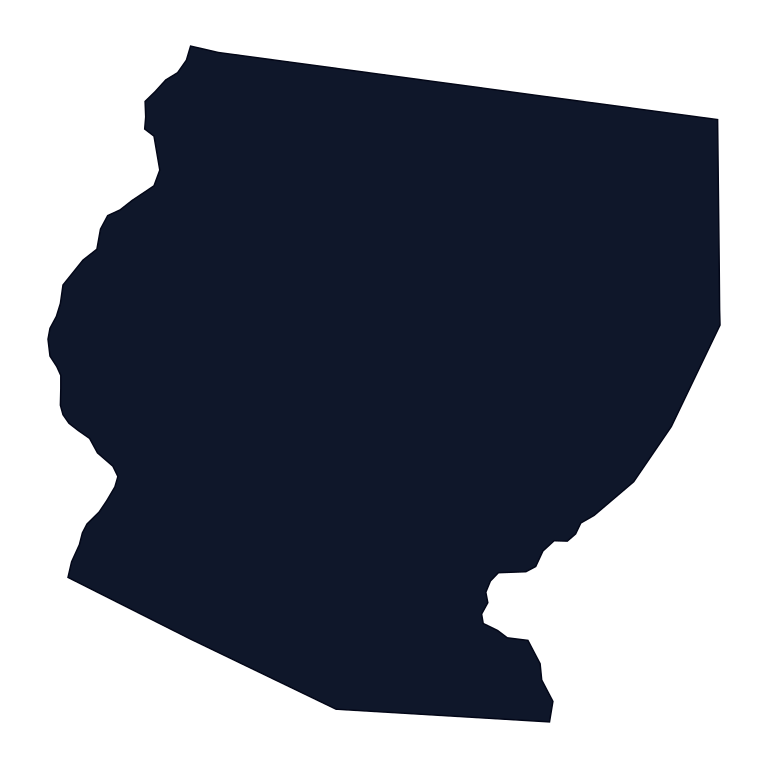 Ipanguaçu, Rio Grande do Norte, Brazil (Mercator projection)
{"feature_id": "56859067B33594898664345", "entity_name": "Ipanguaçu", "entity_type": "district", "adm_level": 2, "iso_a3": "BRA", "parent_name": "Brazil", "parent_adm1": "Rio Grande do Norte", "projection": "mercator", "projection_center": [-36.832, -5.544], "detail": "fine", "context": "isolated", "style": "filled", "palette": "ink", "viewbox_px": 768, "rotation_deg": 0, "n_neighbors": 0, "source": "geoboundaries", "source_scale": "gbopen_adm2", "svg_char_len": 1012}
<svg xmlns="http://www.w3.org/2000/svg" viewBox="0 0 768 768"><path d="M68.0,577.4L190.4,639.0L336.1,709.2L549.5,721.9L552.9,701.4L541.7,680.0L540.1,663.7L527.9,640.4L507.2,637.8L497.6,630.5L483.2,623.5L481.6,614.0L487.8,602.7L485.8,592.2L490.4,581.0L498.4,572.7L525.9,571.7L535.7,566.5L542.9,551.0L554.1,540.7L567.3,541.1L575.6,533.9L580.8,523.0L594.2,515.3L633.7,481.7L671.3,426.6L720.0,325.1L719.6,309.6L719.2,264.7L717.6,119.6L535.1,95.2L524.9,93.8L218.3,52.5L190.6,46.1L186.4,60.2L177.6,72.7L165.8,79.9L155.0,91.8L145.1,101.4L145.7,116.9L144.7,129.0L154.0,136.1L159.8,170.1L154.0,185.8L142.1,193.8L132.3,200.3L120.1,209.9L107.7,215.6L100.5,229.1L96.9,249.2L83.0,260.1L63.0,285.0L60.4,303.5L56.4,316.4L50.0,328.3L48.0,339.2L50.0,356.1L56.8,366.6L60.8,375.4L60.8,388.7L60.4,405.2L63.0,414.7L69.0,423.3L78.4,430.6L89.6,438.4L97.5,452.9L112.9,466.2L117.9,476.5L114.9,486.9L106.7,500.8L99.1,512.1L87.0,524.0L82.4,532.9L79.4,544.7L71.6,561.8L68.0,577.4Z" fill="#0f172a" stroke="#020617" stroke-width="1.5"/></svg>